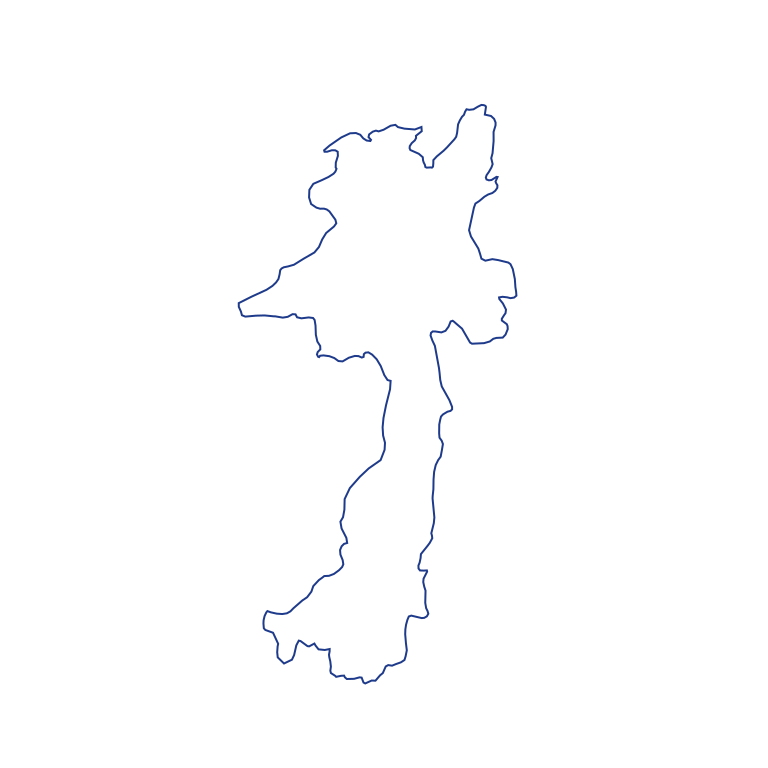 outline of Laos, rotated 43°
{"feature_id": "LAO", "entity_name": "Laos", "entity_type": "country or territory", "adm_level": 0, "iso_a3": "LAO", "parent_name": "Asia", "parent_adm1": "", "projection": "natural_earth1", "projection_center": [103.796, 18.208], "detail": "fine", "context": "isolated", "style": "outline", "palette": "blue", "viewbox_px": 768, "rotation_deg": 43, "n_neighbors": 0, "source": "natural_earth", "source_scale": "50m", "svg_char_len": 4845}
<svg xmlns="http://www.w3.org/2000/svg" viewBox="0 0 768 768"><g transform="rotate(43 384 384)"><path d="M289.2,118.8L292.2,124.9L298.5,131.6L306.0,141.2L308.4,145.7L313.5,149.1L314.9,152.4L316.1,157.5L316.6,161.3L317.7,163.6L319.5,164.5L321.8,163.5L323.5,161.5L325.0,155.8L325.9,155.2L327.5,159.9L329.2,160.7L331.4,161.3L333.1,163.3L333.6,166.8L333.0,170.4L330.9,174.4L329.7,178.6L328.9,185.2L327.8,189.7L329.5,193.7L341.3,213.5L347.0,216.8L360.6,220.6L365.5,223.3L369.8,225.9L374.0,224.7L378.1,218.8L383.0,215.5L392.1,210.4L394.8,210.1L399.8,212.1L408.1,218.0L414.1,223.6L417.8,226.5L420.6,229.1L420.2,232.1L417.9,235.0L415.0,236.6L411.2,239.4L409.1,242.2L410.4,243.2L416.0,244.0L422.5,246.4L424.6,249.4L424.9,251.9L425.7,256.0L426.9,257.2L433.0,256.5L434.9,257.4L437.1,259.5L439.2,265.0L439.2,269.1L434.8,273.6L433.1,276.4L432.4,280.7L429.3,285.9L420.9,294.5L418.7,295.0L403.3,290.3L396.2,290.6L392.7,290.7L391.1,290.9L390.1,292.8L392.1,298.0L392.7,303.2L390.8,307.1L385.7,310.6L383.8,312.3L383.5,314.5L385.0,316.8L389.7,319.2L395.2,321.4L413.4,334.9L417.2,338.1L422.4,342.7L427.9,346.4L442.8,351.2L449.4,354.3L451.1,356.1L451.0,358.3L449.3,361.0L447.9,365.9L447.9,368.9L449.4,371.7L452.0,375.9L458.0,382.5L461.2,385.4L464.8,386.1L468.0,387.7L471.2,392.5L475.0,398.5L475.5,402.7L477.1,408.0L480.6,414.1L485.4,420.1L492.0,427.4L495.9,432.6L497.6,434.6L511.9,447.3L515.4,451.9L520.4,460.9L522.5,462.2L524.5,463.9L525.8,468.9L526.2,472.4L527.0,483.2L529.5,486.4L531.9,490.4L533.0,493.3L535.1,495.4L537.5,495.8L540.3,493.4L542.5,491.1L543.5,491.8L545.7,499.4L547.8,502.1L551.7,504.8L555.3,506.8L563.4,515.9L567.7,519.2L570.6,520.3L573.1,521.8L573.8,524.7L572.9,527.6L571.2,529.5L561.9,534.8L560.7,537.1L562.0,540.6L564.3,545.0L566.9,548.8L570.1,552.5L576.7,558.5L582.3,563.2L585.5,568.4L587.2,571.9L586.2,576.0L583.8,580.6L582.0,584.5L578.8,586.7L577.9,589.4L579.3,593.4L580.3,596.2L579.8,599.7L580.1,606.8L577.2,609.3L574.5,615.8L572.6,616.3L567.9,614.0L566.2,615.2L563.2,620.0L558.0,625.1L555.4,625.2L553.7,624.5L551.6,626.7L548.7,630.8L547.4,630.7L542.3,631.6L540.3,630.3L537.9,626.9L533.9,623.5L530.3,621.1L528.4,619.5L526.6,616.7L525.0,614.9L522.1,618.9L517.1,622.7L512.4,622.0L510.1,621.3L508.2,626.9L506.8,627.9L498.3,628.9L496.7,629.8L498.1,634.9L503.1,643.5L504.7,648.4L501.5,656.6L492.7,656.4L488.8,653.0L485.1,648.4L483.8,646.2L472.5,641.6L465.0,644.8L462.7,644.6L459.1,641.3L457.0,638.8L454.9,635.1L453.7,631.3L453.6,629.6L456.9,628.2L462.2,625.1L466.5,621.6L469.4,617.9L470.6,614.1L470.7,609.6L471.9,598.0L473.2,592.4L472.5,585.4L470.1,580.0L470.1,571.8L470.9,567.8L471.3,565.2L474.6,561.8L476.9,557.1L478.1,550.9L478.2,546.4L477.2,543.6L473.9,541.0L468.5,538.5L465.1,535.4L463.7,531.6L463.8,528.2L465.5,525.4L461.4,522.2L451.5,518.6L446.0,514.4L444.9,509.4L440.8,503.0L433.7,495.0L430.0,483.4L429.6,468.4L430.4,456.1L433.4,441.9L429.3,431.7L424.8,426.3L418.5,422.3L412.5,416.6L406.8,409.2L400.0,398.2L392.0,383.7L386.7,377.2L383.9,378.7L378.2,377.3L369.4,373.1L361.8,370.9L355.3,370.6L351.0,371.5L349.1,373.7L348.9,375.9L350.6,378.1L349.7,379.8L346.3,381.0L343.5,383.4L340.4,388.7L338.3,395.7L335.0,398.3L330.0,398.9L325.1,400.9L320.3,404.3L318.0,406.9L318.2,408.6L317.2,409.0L314.8,408.1L313.7,405.8L313.8,402.1L311.4,399.7L306.3,398.4L300.6,394.5L294.1,388.0L289.6,384.5L287.1,384.1L283.5,386.7L278.8,392.3L274.9,394.5L271.8,393.4L269.5,395.3L267.8,400.5L264.7,404.5L258.0,408.9L257.6,409.4L249.9,415.3L243.8,421.3L236.6,429.3L233.2,430.6L230.0,428.6L225.2,426.6L222.6,423.9L227.6,410.4L233.8,395.3L235.5,388.4L235.8,383.3L235.2,379.2L232.8,374.9L230.5,371.6L230.3,369.4L231.1,367.0L233.6,363.5L236.8,358.2L239.8,347.1L243.4,335.3L243.0,328.2L240.2,320.4L238.7,313.0L240.0,302.9L239.5,299.0L236.4,297.0L226.3,295.0L223.1,295.4L220.5,296.7L217.7,299.4L214.3,301.1L208.0,302.1L202.0,298.7L197.0,292.9L195.8,285.8L199.5,277.3L202.2,270.5L203.7,264.6L203.6,261.9L202.5,259.0L201.0,258.6L197.8,255.0L194.7,248.6L191.7,245.7L189.0,246.3L186.4,248.7L184.0,252.9L182.1,254.7L180.8,253.9L181.2,250.1L181.6,246.6L184.6,232.8L188.2,223.8L192.3,219.6L196.7,217.9L201.3,218.5L205.2,217.8L208.3,215.6L208.0,214.3L204.3,214.0L202.9,211.6L203.7,207.1L205.3,204.2L207.8,202.9L210.3,198.3L212.7,190.6L215.6,186.7L219.0,186.6L224.8,183.3L233.0,176.8L236.1,170.5L239.2,173.4L238.1,180.7L239.7,182.2L240.4,184.8L240.0,188.9L240.6,192.4L241.9,194.1L243.7,194.9L252.4,191.9L257.7,191.7L259.9,193.7L261.9,194.9L264.4,195.8L266.3,197.1L267.6,196.7L270.6,193.6L271.5,193.1L271.6,191.6L269.5,188.9L267.4,186.6L267.4,181.5L268.5,172.7L268.7,168.1L268.6,157.1L268.2,154.0L266.2,150.5L261.1,143.6L259.7,139.5L258.8,135.3L258.9,132.6L257.6,129.6L257.0,126.8L259.3,125.4L262.1,122.1L263.5,117.2L264.9,113.5L266.8,112.0L268.5,111.4L269.6,111.8L274.0,118.2L279.5,115.0L283.7,115.0L287.3,116.7L289.2,118.8Z" fill="none" stroke="#1e3a8a" stroke-width="2"/></g></svg>